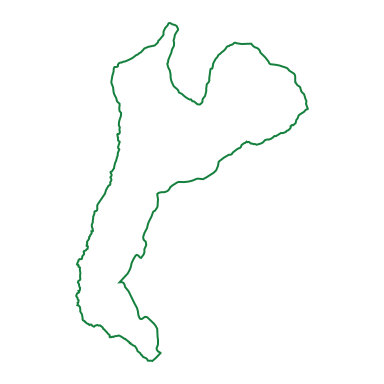 outline of Sevilla de Oro, Azuay, Ecuador
{"feature_id": "8360857B69749435538117", "entity_name": "Sevilla de Oro", "entity_type": "district", "adm_level": 2, "iso_a3": "ECU", "parent_name": "Ecuador", "parent_adm1": "Azuay", "projection": "natural_earth1", "projection_center": [-78.594, -2.705], "detail": "fine", "context": "isolated", "style": "outline", "palette": "green", "viewbox_px": 384, "rotation_deg": 0, "n_neighbors": 0, "source": "geoboundaries", "source_scale": "gbopen_adm2", "svg_char_len": 5881}
<svg xmlns="http://www.w3.org/2000/svg" viewBox="0 0 384 384"><path d="M165.3,27.9L163.6,31.4L163.4,35.0L159.5,39.8L158.4,40.6L157.9,42.5L154.7,45.5L148.4,46.8L144.3,48.5L143.1,50.0L140.7,52.5L139.4,53.1L137.9,54.4L135.9,55.3L133.2,57.5L131.0,58.8L125.1,61.5L123.2,61.7L121.8,62.5L120.6,62.5L119.0,63.2L118.0,64.5L117.9,66.3L116.8,66.9L114.5,67.1L113.8,68.3L113.5,72.0L112.4,75.5L111.3,82.0L111.5,83.1L113.1,87.5L113.6,92.1L114.2,94.2L116.3,98.3L116.9,101.0L117.5,101.9L119.5,103.6L119.6,105.5L119.3,107.8L119.4,110.4L119.7,111.3L121.0,112.7L121.1,113.8L120.9,116.0L119.3,120.7L118.9,123.4L118.9,125.7L119.8,127.2L119.4,129.9L119.8,131.4L119.7,132.7L119.6,133.2L118.6,134.1L117.7,134.0L117.3,134.4L117.7,137.0L118.1,137.7L118.0,140.0L118.7,141.1L119.6,141.6L119.7,141.9L118.1,146.9L118.2,148.1L119.3,149.3L117.8,153.1L117.7,155.4L116.8,158.0L116.1,160.9L115.1,162.9L114.2,166.7L114.1,168.1L112.0,171.3L110.8,171.8L110.5,172.1L110.6,172.8L111.5,174.3L111.6,175.1L111.3,176.2L110.6,176.8L110.4,177.4L111.2,178.7L111.4,179.9L111.2,180.7L110.2,182.3L110.4,183.9L110.2,184.5L109.8,185.1L108.5,185.7L106.0,190.1L105.0,193.6L97.7,204.4L97.2,205.8L97.3,208.9L97.0,210.3L96.2,211.0L95.3,211.1L94.5,211.6L94.3,214.1L93.2,216.7L93.1,219.3L92.8,220.3L92.8,222.1L91.7,225.2L92.1,227.6L92.7,228.7L92.6,229.7L93.0,230.9L92.9,231.1L91.4,231.3L91.7,233.1L91.2,234.1L90.5,234.7L89.6,236.9L89.1,237.1L89.1,238.8L87.1,241.7L87.0,242.6L87.3,243.7L86.7,244.8L86.7,245.8L86.7,246.0L87.6,246.1L87.9,246.4L87.6,248.8L86.6,249.3L86.0,250.2L83.8,251.3L83.6,251.9L84.1,252.9L84.0,254.2L82.3,256.3L81.9,258.8L81.1,259.2L79.7,259.1L78.5,260.1L78.4,261.2L77.9,261.9L77.0,264.2L77.4,264.9L78.3,264.9L78.5,265.2L78.7,265.8L78.5,266.6L78.7,266.9L80.0,267.6L79.8,269.5L80.4,273.2L80.1,275.0L80.1,277.7L80.4,278.7L79.9,280.0L78.4,281.0L77.9,282.3L78.2,283.0L78.9,283.7L79.1,285.4L79.6,287.3L80.1,287.9L79.8,290.4L79.5,290.8L78.5,290.9L79.0,292.4L77.1,293.4L76.2,295.9L76.7,296.9L77.5,297.8L77.6,299.1L78.0,299.8L78.6,300.2L78.3,302.3L77.6,302.7L77.9,303.7L77.4,305.2L78.6,305.5L79.9,307.0L80.3,309.5L80.2,311.1L80.8,312.6L81.7,313.8L82.0,314.7L82.6,318.0L82.6,319.6L83.1,320.4L84.2,320.8L84.6,321.6L85.3,321.7L85.9,322.6L87.5,323.8L88.4,323.9L89.4,325.0L90.5,324.6L91.3,324.6L92.4,325.8L93.4,326.5L94.2,326.6L95.1,325.7L97.4,325.0L98.6,325.6L100.0,325.4L102.5,327.3L103.5,329.1L104.4,329.5L104.9,330.3L106.9,332.3L107.7,333.5L109.4,334.9L109.7,335.4L109.6,336.8L110.1,337.3L111.9,337.0L112.3,336.7L113.2,337.0L114.8,336.2L117.1,336.0L118.6,335.5L119.7,335.8L123.3,337.9L124.3,338.8L125.4,338.9L126.2,339.9L127.7,340.8L128.2,341.5L129.0,341.8L129.6,343.0L130.1,342.8L130.4,342.9L130.8,343.9L131.8,344.4L132.9,345.3L134.9,346.1L136.6,348.6L137.6,351.2L140.2,353.1L141.0,354.6L141.9,355.2L143.0,356.9L146.0,358.2L147.1,359.1L147.8,360.6L149.1,360.8L150.6,360.6L152.3,361.0L155.8,358.0L160.5,353.1L160.5,352.8L158.0,351.4L157.6,350.9L156.8,349.6L156.6,348.1L157.9,344.9L158.0,343.6L158.0,339.4L157.6,337.3L157.2,328.7L155.4,325.5L154.0,323.7L147.3,317.3L146.5,317.0L144.8,316.9L142.2,318.8L141.2,319.1L140.0,318.7L139.1,317.1L138.4,315.1L137.8,310.8L137.0,308.0L134.4,303.2L128.6,291.3L125.1,287.0L124.5,284.5L123.5,282.9L121.7,282.1L119.6,282.3L127.8,273.4L129.7,269.8L130.7,267.3L131.6,263.2L133.4,259.3L135.4,255.9L136.5,254.9L137.4,255.1L138.6,255.8L139.8,257.4L141.1,257.9L143.6,254.5L144.4,252.4L144.4,249.1L146.1,245.5L146.2,244.4L145.7,241.6L143.9,240.0L143.4,239.1L143.2,236.9L144.5,232.8L147.1,228.0L147.6,225.4L148.6,222.2L151.5,216.5L153.0,212.2L153.6,211.4L155.1,210.6L156.9,207.9L157.5,206.6L158.0,199.3L157.2,194.2L157.9,193.4L159.4,192.6L161.6,192.2L164.0,192.2L165.4,191.9L167.5,191.0L168.3,190.3L169.6,188.6L170.5,186.8L171.0,186.7L172.3,185.5L177.6,182.2L179.0,181.9L183.8,182.1L188.5,181.6L192.7,180.5L196.5,178.9L197.9,178.6L203.0,179.2L206.0,177.6L213.6,172.8L216.1,170.4L217.6,166.9L218.2,164.9L218.6,162.0L219.3,161.2L223.7,157.8L227.9,155.3L228.8,154.8L230.7,154.7L231.8,154.1L232.7,152.6L236.4,149.7L238.2,148.5L239.0,148.2L239.5,148.2L240.1,147.8L240.9,146.9L241.6,145.0L243.9,143.3L245.2,142.9L246.6,141.6L247.5,142.2L248.7,141.9L249.3,142.1L250.7,143.5L252.0,143.5L253.7,144.2L254.7,144.0L256.8,144.7L260.9,143.5L262.7,142.6L265.2,140.0L267.8,139.4L268.8,139.6L270.8,138.9L272.6,137.7L274.5,136.0L275.4,136.2L276.0,136.1L281.0,133.0L282.7,133.1L285.6,132.1L286.8,130.8L288.2,130.3L289.8,128.9L290.6,127.7L290.6,126.2L291.1,126.0L291.5,125.3L292.1,125.0L293.1,125.3L295.6,123.1L296.3,120.0L297.5,118.5L298.7,115.4L300.0,114.3L303.8,112.0L305.8,109.8L307.6,109.1L307.8,108.8L306.0,103.8L306.4,101.5L306.3,100.7L305.7,99.6L304.1,94.4L303.7,93.8L302.4,92.8L301.2,91.2L301.2,90.6L300.5,88.8L300.3,87.5L299.8,86.8L297.4,85.2L295.7,82.8L295.6,82.2L295.2,82.0L295.2,76.2L294.7,74.6L294.2,73.8L289.4,70.7L287.6,68.6L286.7,67.9L279.4,65.5L275.9,64.8L270.5,64.2L269.7,63.7L269.3,63.3L268.5,61.5L265.0,57.1L260.4,52.6L259.9,50.9L258.9,49.4L257.3,48.1L255.2,47.4L253.4,46.3L251.2,43.7L241.6,44.0L236.9,43.3L235.2,42.7L234.2,42.9L232.6,44.4L229.9,45.3L228.9,46.1L227.7,46.2L226.6,47.1L225.3,49.2L223.5,51.0L221.9,52.1L220.1,53.9L218.5,54.9L217.2,57.3L215.6,58.9L213.2,63.5L212.5,67.9L212.0,68.7L211.0,68.7L210.6,69.0L210.4,69.5L209.2,78.9L209.4,80.3L208.6,82.3L206.8,84.2L206.2,88.7L206.3,90.8L205.1,95.9L202.8,98.9L202.5,99.9L202.4,101.9L202.0,102.6L200.1,104.4L198.9,104.5L197.3,104.2L194.1,101.5L192.3,101.2L191.0,99.4L189.6,99.5L188.3,98.9L184.7,96.5L182.0,94.0L178.9,92.4L178.3,90.5L177.4,89.4L173.7,86.2L171.5,81.4L170.6,77.7L170.6,74.6L169.7,70.1L169.1,69.3L168.1,67.0L167.3,63.7L168.0,62.6L168.3,59.9L171.3,52.7L172.0,49.6L173.9,45.9L174.1,42.9L173.6,40.8L173.7,40.0L174.5,37.3L174.8,35.1L176.6,31.9L177.8,30.3L178.1,29.8L178.0,28.9L176.7,26.1L176.0,25.6L174.9,25.0L172.3,24.3L170.4,23.2L169.5,23.0L168.8,23.2L168.4,23.6L167.5,25.5L165.3,27.9Z" fill="none" stroke="#15803d" stroke-width="2"/></svg>